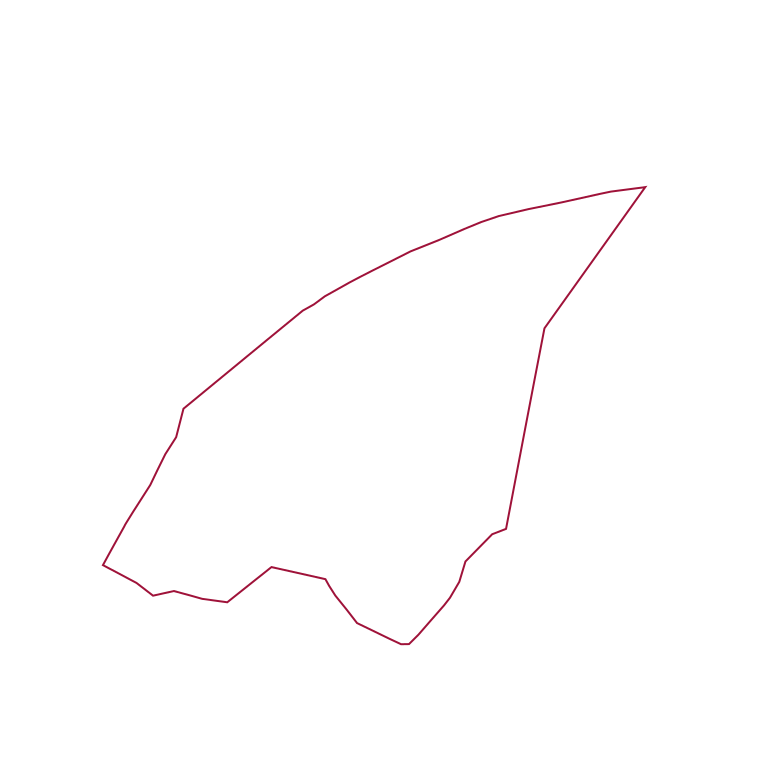 Dordieb, Red Sea, Sudan, rotated 116°
{"feature_id": "16777658B19100050508345", "entity_name": "Dordieb", "entity_type": "district", "adm_level": 2, "iso_a3": "SDN", "parent_name": "Sudan", "parent_adm1": "Red Sea", "projection": "orthographic", "projection_center": [35.963, 17.512], "detail": "fine", "context": "isolated", "style": "outline", "palette": "rose", "viewbox_px": 768, "rotation_deg": 116, "n_neighbors": 0, "source": "geoboundaries", "source_scale": "gbopen_adm2", "svg_char_len": 895}
<svg xmlns="http://www.w3.org/2000/svg" viewBox="0 0 768 768"><g transform="rotate(116 384 384)"><path d="M353.7,489.2L396.0,508.6L419.2,519.2L494.1,553.4L522.9,547.5L542.9,549.8L560.7,549.9L577.2,549.8L591.8,551.5L604.8,553.0L608.1,553.4L621.7,554.8L624.2,555.0L625.9,555.0L646.7,556.1L658.6,556.7L670.0,557.2L671.3,519.3L675.5,498.8L662.2,482.1L659.0,465.4L656.8,453.2L648.9,429.2L597.9,404.9L585.1,351.1L589.5,344.8L595.5,335.0L603.1,318.8L610.7,303.4L610.6,267.2L610.4,254.6L606.8,247.5L594.4,243.2L575.4,238.1L556.7,233.0L547.2,231.0L528.8,229.6L507.8,233.0L471.6,220.9L460.7,210.8L351.4,240.5L317.4,249.7L263.6,264.2L92.5,235.5L93.9,237.5L96.9,242.1L111.6,264.4L118.5,273.3L143.1,304.2L163.4,330.7L182.7,354.4L195.9,367.7L209.5,379.8L230.6,397.8L253.2,418.3L287.0,444.0L298.3,452.5L307.9,459.5L331.1,475.6L343.2,481.9L353.7,489.2Z" fill="none" stroke="#9f1239" stroke-width="2"/></g></svg>